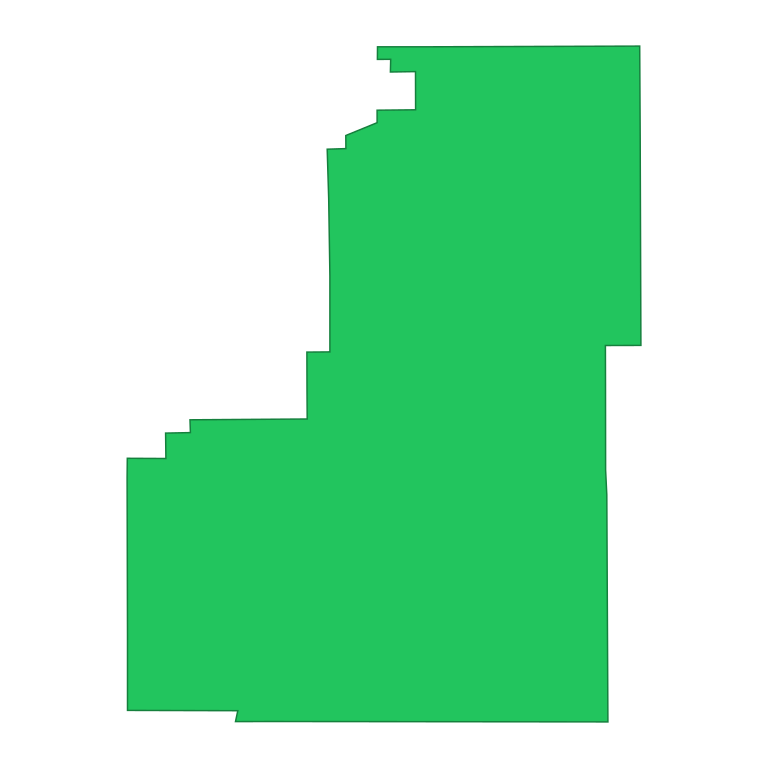 Sanpete, Utah, United States of America
{"feature_id": "52423323B58095875078867", "entity_name": "Sanpete", "entity_type": "district", "adm_level": 2, "iso_a3": "USA", "parent_name": "United States of America", "parent_adm1": "Utah", "projection": "albers", "projection_center": [-111.655, 39.423], "detail": "fine", "context": "isolated", "style": "filled", "palette": "green", "viewbox_px": 768, "rotation_deg": 0, "n_neighbors": 0, "source": "geoboundaries", "source_scale": "gbopen_adm2", "svg_char_len": 581}
<svg xmlns="http://www.w3.org/2000/svg" viewBox="0 0 768 768"><path d="M607.9,721.9L606.8,494.9L605.6,469.9L605.5,384.1L605.4,345.5L640.9,345.4L640.2,140.1L639.7,46.1L427.9,46.8L377.5,46.8L377.4,59.4L390.7,59.3L390.4,72.0L415.5,71.6L415.6,109.8L377.1,110.2L377.1,122.7L345.8,135.5L345.9,148.6L327.2,149.2L328.7,199.0L329.9,275.9L329.9,351.9L306.9,352.1L307.0,389.4L307.2,419.0L190.0,419.8L190.4,432.6L165.6,433.1L165.9,458.5L127.3,458.3L127.1,477.6L127.5,635.1L127.5,710.4L237.8,710.7L235.5,721.6L269.7,721.5L607.9,721.9Z" fill="#22c55e" stroke="#15803d" stroke-width="1.5"/></svg>